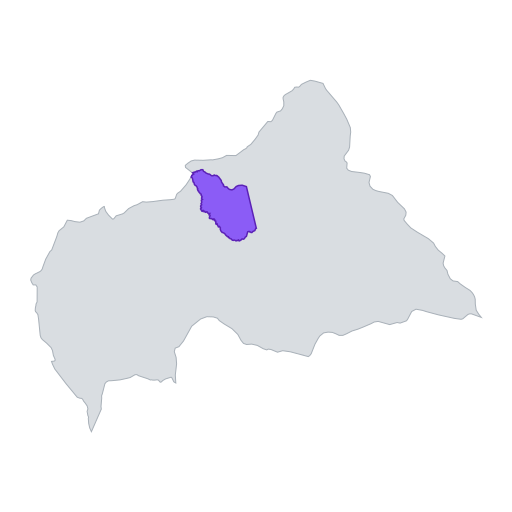 location of Bamingui, Bamingui-Bangoran, Central African Republic
{"feature_id": "33826404B40726346610529", "entity_name": "Bamingui", "entity_type": "district", "adm_level": 2, "iso_a3": "CAF", "parent_name": "Central African Republic", "parent_adm1": "Bamingui-Bangoran", "projection": "natural_earth1", "projection_center": [19.692, 7.894], "detail": "fine", "context": "in_parent", "style": "filled", "palette": "violet", "viewbox_px": 512, "rotation_deg": 0, "n_neighbors": 0, "source": "geoboundaries", "source_scale": "gbopen_adm2", "svg_char_len": 6627}
<svg xmlns="http://www.w3.org/2000/svg" viewBox="0 0 512 512"><path d="M364.4,173.2L369.5,174.7L370.4,176.5L369.0,182.5L370.0,186.2L372.9,189.3L375.8,190.6L378.6,191.4L388.3,193.3L392.4,195.5L397.7,202.4L404.4,208.8L406.1,212.1L405.8,215.2L403.8,218.9L404.1,220.4L407.2,224.1L410.8,227.9L417.2,232.1L428.4,238.7L433.6,243.1L435.3,246.4L438.2,250.1L442.2,253.4L444.9,256.0L443.1,263.2L443.6,265.6L444.7,267.7L447.0,270.5L447.9,274.2L450.3,278.8L453.0,280.9L457.7,281.6L460.1,283.8L465.2,287.4L470.1,290.5L472.2,292.7L473.5,294.6L474.6,296.9L475.2,299.2L475.3,304.1L476.2,310.2L478.8,314.3L481.3,317.4L471.3,313.8L469.8,313.8L468.0,314.4L462.8,318.8L461.1,319.3L454.5,318.4L438.6,314.9L426.3,311.6L422.6,310.4L416.0,309.2L411.7,311.5L407.6,319.3L406.5,320.8L400.1,323.1L397.1,322.5L389.7,324.6L378.2,321.4L374.2,322.0L371.0,323.7L362.8,327.2L357.8,329.2L352.0,331.0L346.5,333.8L342.8,335.4L339.2,335.4L335.9,333.8L332.4,332.4L328.1,332.1L323.6,332.9L319.8,336.0L318.3,338.2L315.0,344.1L311.2,353.7L309.7,355.6L308.3,356.6L290.4,351.8L282.7,350.7L277.5,352.2L271.0,349.5L268.2,349.1L266.8,349.9L263.2,348.7L257.3,345.4L251.7,344.1L246.6,344.5L243.5,343.4L241.0,340.3L237.8,334.4L232.0,328.7L224.2,324.0L219.3,320.6L217.4,318.2L213.2,316.9L206.8,316.7L200.6,319.0L191.7,326.2L183.5,341.0L178.9,346.7L175.2,348.1L174.3,351.7L176.1,357.4L176.6,363.9L175.3,375.0L175.8,383.0L173.8,381.8L172.0,378.0L171.1,377.2L165.6,378.9L162.8,380.5L161.3,382.0L160.2,382.2L158.4,380.1L157.1,379.8L154.9,380.1L152.8,380.1L151.3,379.8L150.4,380.0L147.9,378.8L138.5,375.7L136.9,374.6L135.0,374.7L130.2,377.5L127.6,378.2L119.9,379.9L111.6,380.7L108.5,380.8L106.3,382.0L104.9,383.7L102.3,393.9L101.6,395.7L101.7,398.2L101.0,406.5L101.3,409.1L91.4,431.7L89.7,427.9L88.7,423.5L88.3,418.4L88.6,417.1L87.9,415.6L87.1,411.4L87.9,408.8L87.2,406.0L85.3,403.2L83.6,401.1L82.6,399.2L81.7,398.4L79.8,398.2L77.2,397.2L66.2,383.9L54.8,369.0L52.5,364.2L51.5,361.4L54.3,361.1L55.0,360.6L55.1,359.3L53.4,355.5L52.5,350.6L51.1,347.6L46.6,343.1L42.4,339.6L41.0,337.8L40.2,335.3L38.6,319.2L37.9,314.6L36.6,312.6L35.6,311.7L35.2,310.5L35.4,307.7L36.0,305.1L36.0,304.1L37.1,301.9L37.2,287.0L35.8,284.9L33.2,284.9L31.8,282.7L30.7,280.0L31.1,278.1L33.5,275.0L35.2,273.9L40.1,271.5L41.4,270.3L42.3,268.8L42.9,266.8L45.7,259.2L49.9,251.6L51.7,250.0L56.0,238.7L57.0,235.9L57.8,233.0L59.1,230.7L63.8,226.9L67.3,220.2L71.1,220.6L74.9,221.6L79.9,222.2L83.8,220.9L86.4,218.3L98.5,213.8L99.4,210.2L101.3,208.3L103.5,206.7L104.3,206.5L104.4,207.6L105.8,211.4L108.5,215.1L112.5,219.1L113.7,218.9L116.2,215.8L122.5,213.9L124.1,213.0L128.6,208.6L134.0,205.7L137.1,204.7L142.6,201.7L146.4,202.1L152.6,201.6L163.0,200.2L170.5,199.7L174.3,199.2L175.2,198.6L176.7,194.3L177.8,193.1L180.6,191.2L186.2,184.7L189.8,179.2L190.9,177.3L191.6,176.9L193.2,174.6L191.6,172.2L185.5,167.4L185.5,166.7L185.2,165.9L185.5,165.2L187.9,163.2L191.1,161.0L194.5,160.1L203.3,160.3L210.8,159.8L212.6,159.9L218.4,158.8L222.5,157.7L226.6,155.4L235.9,155.6L243.7,149.7L245.9,148.6L246.9,147.7L247.2,146.8L250.8,144.4L254.9,139.5L258.1,135.1L259.0,132.0L267.8,121.5L270.9,121.7L272.4,120.4L275.9,113.4L276.9,112.1L280.6,110.9L282.3,108.8L283.8,105.7L283.8,101.9L283.1,98.8L283.1,97.3L283.9,95.9L285.3,94.6L292.0,90.8L293.7,89.0L294.7,87.3L296.6,87.0L298.6,87.2L299.9,86.2L301.4,84.4L306.0,82.1L310.3,80.3L314.8,81.1L323.0,83.4L325.4,88.4L326.6,90.2L336.7,102.0L338.7,104.8L343.7,113.5L346.8,119.3L350.3,127.6L350.7,132.1L350.2,136.0L349.6,147.0L348.6,150.2L344.2,156.1L344.0,158.8L345.0,161.0L346.3,161.9L347.1,163.0L346.7,168.2L348.3,170.2L351.6,171.5L360.0,172.5L364.4,173.2Z" fill="#d9dde1" stroke="#a8b0b8" stroke-width="1"/><path d="M192.7,172.7L192.8,172.8L193.0,173.0L193.1,173.4L193.3,173.7L193.6,173.8L193.7,174.0L193.4,174.1L193.2,174.3L192.8,174.5L192.6,174.9L192.4,175.0L192.2,175.3L191.8,175.3L191.7,175.4L191.7,176.2L191.4,176.7L191.1,177.0L192.0,177.8L192.4,178.1L192.7,179.5L193.1,181.9L193.9,182.4L194.4,184.4L195.2,185.4L195.8,185.6L196.4,186.1L196.9,186.9L197.2,187.4L197.3,188.2L197.6,188.5L197.8,188.9L197.7,189.1L197.5,189.6L197.7,189.9L197.9,190.4L198.0,190.8L198.5,190.9L198.8,191.5L199.1,192.4L199.8,192.9L200.2,193.7L201.2,194.2L201.2,195.4L201.7,195.9L201.7,196.3L202.0,196.6L202.1,197.0L201.7,197.5L201.5,198.1L201.7,198.7L201.9,199.0L202.5,199.4L202.3,199.6L201.8,199.9L201.3,200.2L201.4,201.1L201.8,202.0L201.6,202.7L201.0,203.6L201.2,204.1L201.5,204.4L201.7,204.8L201.5,205.1L201.0,205.4L200.6,206.0L200.6,206.4L200.9,207.1L201.4,207.3L201.5,207.8L201.2,208.2L200.7,208.4L200.5,208.9L201.3,210.2L201.9,211.2L202.3,211.3L202.4,211.0L202.7,210.5L203.1,210.4L203.8,211.4L204.0,211.8L204.4,211.8L204.4,211.2L204.6,211.2L205.2,211.9L205.6,212.3L206.1,212.2L206.5,211.8L207.0,211.8L207.3,212.1L207.5,212.4L207.6,212.9L208.2,213.3L208.7,213.6L209.1,213.5L209.7,213.5L209.1,214.3L209.0,214.8L209.8,215.0L210.1,215.5L209.9,216.3L209.4,217.1L209.4,218.2L209.7,218.5L210.6,218.6L211.1,218.5L211.3,218.8L211.7,218.8L212.0,218.8L212.3,219.0L212.6,219.5L213.1,219.7L213.5,219.0L213.9,218.9L214.0,219.7L214.7,219.7L214.7,220.5L214.9,220.9L215.7,221.1L215.8,221.7L215.8,222.7L215.8,223.6L216.1,224.2L216.6,224.3L217.0,223.8L217.3,224.1L217.4,225.0L217.8,225.6L218.4,226.9L219.0,226.9L219.5,226.5L220.4,227.9L220.2,229.0L220.8,230.8L221.8,232.1L222.2,232.5L222.6,232.4L223.1,232.7L224.1,233.2L224.9,233.8L225.3,234.5L225.7,235.0L226.1,235.5L226.6,235.6L227.0,236.3L227.5,236.7L228.4,236.7L228.5,237.4L228.8,237.8L229.4,237.8L230.1,238.7L231.2,238.9L231.6,239.4L232.3,240.2L232.7,240.2L233.2,240.4L233.5,240.2L234.3,240.1L234.9,240.2L235.3,240.5L235.8,240.8L236.1,240.9L236.5,240.7L236.9,240.4L237.4,240.6L237.8,240.5L238.0,240.3L238.2,240.0L238.5,239.9L239.1,240.9L239.8,240.8L240.4,240.2L241.2,239.9L242.1,238.9L243.4,239.2L244.3,238.7L245.4,237.0L246.4,236.4L246.7,235.4L247.3,233.2L247.7,231.8L249.1,231.4L249.8,232.0L250.3,231.9L251.0,232.5L251.9,232.5L253.0,231.4L253.7,231.1L254.8,230.6L255.9,228.2L256.3,228.2L246.4,186.6L242.2,185.2L238.5,185.5L236.2,186.5L233.9,189.0L231.9,189.9L229.7,189.5L228.7,188.9L227.7,187.9L226.9,186.9L225.7,186.9L224.5,186.8L224.1,186.2L223.4,185.8L223.5,184.8L222.9,184.0L221.6,182.2L221.2,180.4L219.1,177.6L218.6,176.9L218.0,176.6L217.6,176.1L217.1,175.7L216.8,175.8L216.3,175.4L215.5,175.5L215.0,175.5L214.5,175.3L214.2,175.0L213.7,175.3L213.5,175.6L212.7,175.7L212.1,175.8L211.3,175.6L210.2,174.6L209.4,174.1L208.6,174.1L206.1,173.1L205.2,172.2L203.5,171.3L202.8,169.7L201.0,169.7L199.3,170.8L198.4,170.7L197.5,171.0L197.2,171.7L196.4,171.2L195.9,171.8L195.0,171.9L194.8,172.4L194.0,172.2L192.7,172.7Z" fill="#8b5cf6" stroke="#5b21b6" stroke-width="1.5"/></svg>